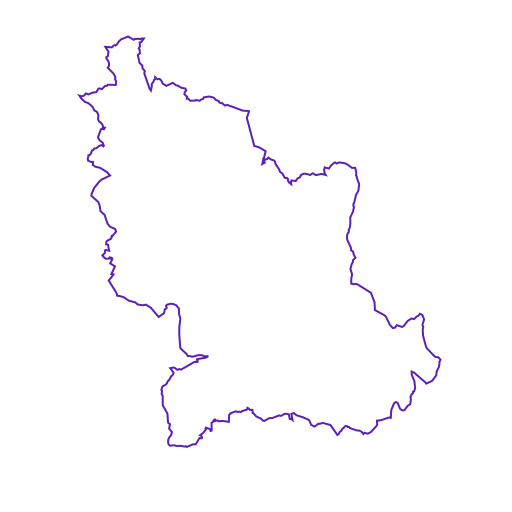 Atemajac de Brizuela, Jalisco, Mexico (Robinson projection), rotated 8°
{"feature_id": "50627088B86434321142038", "entity_name": "Atemajac de Brizuela", "entity_type": "district", "adm_level": 2, "iso_a3": "MEX", "parent_name": "Mexico", "parent_adm1": "Jalisco", "projection": "robinson", "projection_center": [-103.741, 20.179], "detail": "fine", "context": "isolated", "style": "outline", "palette": "violet", "viewbox_px": 512, "rotation_deg": 8, "n_neighbors": 0, "source": "geoboundaries", "source_scale": "gbopen_adm2", "svg_char_len": 6028}
<svg xmlns="http://www.w3.org/2000/svg" viewBox="0 0 512 512"><g transform="rotate(8 256 256)"><path d="M127.5,105.4L119.9,90.6L120.2,88.4L117.4,85.7L117.0,83.3L113.8,81.0L111.0,73.4L112.9,71.3L111.9,67.6L111.0,66.8L111.9,64.5L111.1,60.7L112.6,60.2L114.7,56.2L112.3,56.5L111.3,57.5L110.0,57.2L105.9,57.9L104.9,58.9L98.7,56.5L92.2,60.3L90.3,62.7L88.9,65.7L87.7,67.1L86.5,66.9L85.5,67.6L84.4,69.4L77.7,69.9L81.5,74.2L81.5,78.7L80.0,80.1L80.5,81.3L82.9,84.0L83.6,85.7L84.0,88.1L83.0,90.2L89.1,94.9L91.1,97.2L92.0,99.2L91.7,100.2L93.3,102.8L93.3,106.1L85.4,107.0L84.7,108.3L83.1,108.5L80.0,112.3L78.0,111.8L76.7,112.2L75.1,115.9L71.1,117.1L67.6,119.3L64.9,118.7L63.4,121.1L61.3,122.1L58.8,121.8L61.4,124.6L65.0,127.2L68.6,127.9L73.2,130.8L75.7,134.4L78.3,135.3L79.6,137.1L80.4,139.2L80.6,142.6L81.9,144.8L83.8,145.5L85.6,147.2L86.5,149.0L86.4,150.1L88.5,150.0L87.8,151.7L85.5,151.6L84.8,152.1L83.0,160.1L83.5,161.5L85.2,163.3L88.5,165.2L90.0,168.1L89.6,168.7L87.5,167.7L85.5,168.7L82.9,171.5L80.6,172.3L79.9,173.9L78.8,174.4L78.3,177.3L77.4,179.0L75.9,179.7L76.2,181.1L75.8,183.0L76.5,185.0L80.0,185.9L81.5,185.5L81.7,188.4L84.2,189.9L89.5,190.4L96.9,193.8L100.3,196.6L92.6,201.7L90.4,204.2L86.3,211.1L84.4,218.3L84.6,219.3L92.3,224.5L94.2,227.9L95.8,233.3L100.3,236.3L104.4,244.5L106.7,246.8L108.2,247.6L112.8,248.8L114.0,251.4L111.5,255.4L110.4,256.1L110.2,257.0L110.6,257.1L110.0,259.1L106.4,261.7L105.8,262.9L106.0,265.3L107.9,265.5L109.9,271.2L106.5,270.9L105.8,271.4L105.8,274.2L103.8,276.7L106.5,279.2L108.1,279.6L110.7,279.0L111.3,277.8L112.6,278.9L113.0,277.9L113.8,278.2L114.2,279.2L112.6,283.6L117.8,285.9L115.3,294.0L117.5,294.1L113.6,300.8L123.1,312.2L124.2,314.8L126.1,314.5L131.0,315.3L136.4,318.0L142.9,318.7L145.6,320.5L150.7,320.6L153.8,319.5L159.1,321.9L168.1,329.9L172.9,325.4L173.1,321.6L174.7,320.2L174.6,319.1L173.9,318.3L174.2,316.9L177.4,315.4L180.0,315.0L183.5,315.7L186.9,318.6L187.8,324.1L189.8,328.4L190.0,337.4L190.9,344.2L193.7,357.1L194.8,358.5L200.9,362.7L202.2,364.4L207.6,364.5L212.6,362.2L216.9,361.8L218.7,362.6L222.7,361.8L220.4,363.7L212.1,366.3L211.9,367.1L212.9,368.0L212.9,368.9L209.7,369.5L197.9,378.7L196.8,379.0L195.8,378.6L193.9,379.7L191.5,378.3L189.9,377.9L186.7,379.0L190.6,383.0L190.4,384.8L188.6,387.2L187.5,390.4L185.9,392.6L185.5,394.5L184.5,396.0L181.5,398.2L180.9,401.8L181.5,402.2L181.8,403.7L181.7,405.5L183.1,407.6L184.4,416.8L190.2,424.3L191.9,432.5L192.5,433.6L194.2,434.5L194.0,439.0L197.2,442.0L197.0,444.9L195.3,447.8L194.6,450.6L195.2,454.0L196.2,455.1L197.2,455.8L201.4,454.8L203.4,455.2L208.4,454.4L211.8,454.7L213.1,454.1L214.1,454.7L219.7,451.3L222.6,450.8L225.3,444.2L227.6,444.1L227.9,443.3L226.8,441.6L225.6,441.3L228.2,438.7L230.9,434.0L230.0,433.7L230.2,433.0L234.5,433.8L235.4,435.6L236.4,435.1L235.2,427.3L238.0,425.1L237.0,424.7L237.6,423.7L238.2,423.6L238.7,425.0L240.5,424.2L242.1,424.9L245.5,424.0L252.2,424.0L251.5,417.1L252.6,415.9L252.5,415.4L257.6,412.6L259.5,413.1L260.6,412.5L262.7,412.7L263.5,411.7L268.6,409.2L268.6,407.6L269.8,407.9L271.4,409.2L273.9,408.9L274.6,412.0L275.2,412.0L278.4,414.7L281.7,415.9L282.6,415.8L286.2,418.2L287.0,418.2L291.8,414.7L294.7,414.2L301.2,410.6L302.6,410.9L303.8,410.4L306.0,408.5L308.1,408.0L310.5,408.2L312.1,412.6L313.8,412.6L314.9,413.3L313.0,407.4L315.3,406.3L318.4,408.1L325.1,409.2L330.7,410.8L331.8,411.5L334.0,415.4L336.9,416.6L338.0,416.6L341.1,413.4L342.5,413.3L345.4,412.0L353.3,413.0L361.5,421.9L362.9,420.5L363.3,418.7L365.0,417.0L365.2,415.7L368.5,411.7L369.5,411.7L370.7,412.6L371.9,412.4L372.9,413.3L379.7,414.7L382.4,414.5L384.9,415.3L387.1,417.4L388.0,415.9L391.5,416.4L394.3,414.3L398.9,407.6L399.5,406.1L398.7,402.2L402.2,401.4L410.5,397.3L412.0,397.5L411.4,389.6L413.1,383.1L414.5,381.3L416.7,381.7L419.9,387.2L422.2,388.6L424.5,388.0L427.1,383.2L429.3,381.3L429.4,376.5L428.6,374.3L429.1,371.8L430.5,370.0L430.3,368.6L431.4,368.1L432.0,364.7L430.2,357.8L426.8,352.0L426.2,348.8L428.8,349.5L442.4,358.3L441.5,359.2L447.7,355.2L451.1,349.1L451.0,345.2L452.5,340.6L452.7,337.2L452.3,335.2L453.2,333.1L450.6,330.9L448.0,331.1L445.6,329.6L438.3,323.8L436.9,322.0L432.5,311.6L431.3,305.4L431.6,303.4L430.4,300.9L431.3,295.5L429.1,291.4L426.3,290.4L425.1,292.6L423.7,293.5L421.3,296.4L418.6,296.3L415.3,299.1L411.9,305.0L410.4,305.9L405.0,304.9L403.6,307.7L401.4,308.3L398.1,305.5L393.5,298.5L391.7,296.9L381.3,293.0L379.8,285.3L375.0,276.5L360.5,270.0L358.7,269.6L357.4,270.3L354.2,270.1L353.5,265.5L353.7,260.8L351.3,255.6L351.9,250.7L352.8,248.5L352.6,246.6L354.7,243.9L352.6,241.0L351.5,238.1L349.4,237.1L348.9,234.7L344.1,227.2L343.4,224.5L343.4,221.8L344.6,219.1L344.2,217.5L344.9,214.8L344.9,210.8L344.0,204.6L345.9,198.5L346.2,193.8L345.6,193.2L345.2,191.3L345.9,189.0L346.5,181.7L348.3,177.1L348.2,172.0L348.2,170.6L344.9,164.4L344.7,163.2L343.8,162.2L343.7,159.4L342.0,154.9L338.9,155.4L333.3,152.4L330.9,151.8L325.4,151.7L323.1,153.2L321.5,152.3L320.5,152.7L317.8,155.8L316.0,159.3L311.7,158.7L311.4,161.3L312.4,164.3L313.8,166.1L309.6,165.6L303.9,167.6L301.2,166.2L300.1,166.6L298.5,168.2L293.3,167.6L291.5,168.0L289.4,169.4L288.5,171.9L286.4,173.3L284.9,176.2L280.6,176.3L280.2,177.5L280.9,180.0L278.2,178.4L277.3,177.1L276.8,175.1L275.5,174.3L274.3,174.7L273.4,174.3L270.7,170.6L268.1,169.4L266.6,166.7L262.5,162.1L261.8,160.0L260.5,158.9L256.7,158.1L254.6,156.8L253.4,158.6L251.8,159.1L250.6,160.9L251.7,162.3L249.4,164.0L250.0,158.6L249.7,158.5L250.3,157.2L251.0,150.9L244.0,147.9L239.0,147.3L227.7,120.5L228.9,114.0L228.6,113.4L222.8,113.9L206.6,110.4L204.2,111.3L201.1,109.3L199.9,109.6L198.2,109.0L197.6,107.8L194.1,106.9L193.1,105.7L191.3,104.9L187.3,104.6L182.2,106.2L181.8,107.8L180.0,108.6L178.6,110.1L174.8,109.9L174.4,110.5L169.2,111.4L167.0,109.7L165.5,109.8L165.7,108.0L162.6,105.8L162.6,103.4L163.9,101.8L162.8,100.0L158.6,99.8L155.2,98.3L153.0,98.0L149.5,96.1L143.5,100.0L139.6,98.2L137.8,95.5L136.0,94.1L133.7,94.7L131.3,92.9L131.4,94.9L130.5,96.0L130.2,97.7L128.8,100.2L129.2,102.4L128.9,106.8L127.5,105.4Z" fill="none" stroke="#5b21b6" stroke-width="2"/></g></svg>